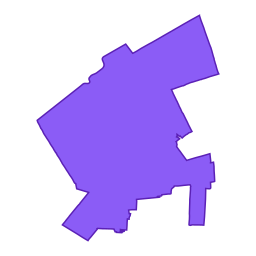 Valea Mare, Olt, Romania
{"feature_id": "2599482B3118512765099", "entity_name": "Valea Mare", "entity_type": "district", "adm_level": 2, "iso_a3": "ROU", "parent_name": "Romania", "parent_adm1": "Olt", "projection": "robinson", "projection_center": [24.453, 44.454], "detail": "fine", "context": "isolated", "style": "filled", "palette": "violet", "viewbox_px": 256, "rotation_deg": 0, "n_neighbors": 0, "source": "geoboundaries", "source_scale": "gbopen_adm2", "svg_char_len": 5630}
<svg xmlns="http://www.w3.org/2000/svg" viewBox="0 0 256 256"><path d="M213.2,55.9L211.7,50.4L211.2,48.8L210.9,47.7L210.5,46.8L209.5,44.3L205.4,32.8L204.9,31.4L203.8,27.9L201.0,20.5L200.5,18.9L199.4,15.5L199.4,15.4L197.5,16.4L195.0,17.8L191.5,19.7L183.4,24.3L180.0,26.3L170.6,31.7L165.7,34.5L152.2,42.3L148.8,44.1L143.1,47.3L142.4,47.7L141.8,48.0L141.0,48.5L140.8,48.6L138.1,50.3L136.5,51.3L132.8,53.3L132.7,53.3L132.6,53.2L125.7,44.1L103.7,56.7L103.2,57.1L103.0,57.3L102.6,57.9L102.4,58.3L102.3,58.6L102.3,59.1L102.3,59.3L102.4,59.9L103.8,63.3L103.9,63.7L104.0,64.3L104.0,64.6L104.0,65.1L104.0,65.4L104.0,65.7L103.8,66.4L103.4,67.1L103.2,67.5L102.9,67.9L102.2,68.6L97.0,72.6L96.6,72.9L96.0,73.3L95.4,73.5L94.3,74.1L93.9,74.2L93.3,74.4L92.9,74.6L91.7,75.2L91.4,75.4L91.1,75.6L89.8,77.1L89.4,77.5L89.2,77.9L89.0,78.4L89.0,78.7L89.0,79.2L89.0,79.3L89.1,79.7L89.7,81.1L89.8,81.6L89.8,81.9L89.7,82.2L89.5,82.6L89.2,82.9L89.0,83.1L88.7,83.3L88.1,83.5L87.8,83.5L87.1,83.5L85.2,83.4L84.9,83.4L84.4,83.5L84.1,83.5L83.5,83.8L82.9,84.1L82.3,84.6L81.4,85.4L79.8,86.7L37.2,120.3L37.5,121.1L37.5,121.6L38.0,122.6L39.4,125.1L40.3,127.1L40.6,127.7L40.9,128.5L41.4,129.0L42.5,130.8L43.2,132.4L43.9,133.8L45.8,136.7L46.8,138.3L48.9,141.4L50.5,144.3L53.0,148.0L54.3,150.4L55.0,151.4L55.6,152.5L56.3,153.1L56.2,153.2L57.3,155.2L57.5,155.6L58.2,156.5L60.1,159.5L61.1,161.4L61.4,161.8L62.3,163.6L63.0,164.6L63.8,165.8L64.7,167.1L66.6,170.2L67.9,172.1L69.7,175.0L71.4,177.4L72.6,179.3L74.3,182.6L74.8,183.2L75.7,183.5L76.7,188.8L88.7,192.4L88.6,192.6L80.6,202.5L80.1,203.1L79.9,203.5L79.7,203.8L79.4,204.2L78.8,204.7L78.3,205.3L77.8,205.8L69.5,215.9L68.9,216.8L66.1,220.2L65.4,221.2L64.6,222.2L63.3,223.7L62.7,224.5L62.4,224.9L77.6,234.2L82.3,237.2L85.6,239.2L88.0,240.6L88.9,239.2L89.2,238.8L90.5,237.4L91.5,236.2L92.7,234.7L92.9,234.5L96.9,229.6L97.3,229.1L97.3,228.6L97.2,228.5L97.4,228.4L101.2,228.6L102.4,228.7L103.3,228.7L103.6,228.7L111.4,228.9L112.9,229.0L113.8,229.1L114.1,229.2L114.2,229.6L114.3,229.8L114.3,230.1L114.8,230.9L115.0,231.7L116.4,231.8L116.4,232.4L121.9,232.7L122.2,232.3L122.5,231.8L123.0,231.6L123.7,231.5L124.2,231.3L124.3,230.9L124.0,230.6L123.3,230.6L122.4,230.9L122.0,231.0L121.5,231.3L121.0,231.7L120.7,231.8L120.3,231.6L120.2,231.5L120.2,231.2L120.3,230.9L120.5,230.6L120.6,230.3L120.4,229.8L120.4,229.5L121.2,229.7L123.0,229.8L126.7,230.0L127.0,225.5L127.1,222.3L127.4,218.9L127.6,218.9L128.1,219.1L129.1,219.2L129.1,218.6L129.2,217.9L129.2,217.6L129.3,217.2L129.8,216.2L130.1,215.8L130.1,215.7L130.5,213.7L129.2,213.7L128.9,211.8L128.6,210.1L129.8,209.9L132.1,209.7L133.4,209.7L136.3,209.7L136.7,201.4L136.6,200.3L136.5,199.6L136.5,199.4L158.6,197.3L157.4,196.6L157.6,196.4L157.9,196.4L159.9,196.2L160.9,196.0L161.4,195.9L161.6,195.8L161.8,195.4L161.9,195.2L161.9,194.7L163.1,194.6L168.2,194.0L169.8,194.0L170.8,193.8L171.1,193.2L171.1,191.5L171.5,189.3L171.7,188.8L172.0,188.5L173.8,187.0L174.1,186.7L174.1,186.2L174.3,186.1L174.8,186.0L176.7,186.0L177.7,186.0L181.8,185.6L183.3,185.4L189.6,184.8L190.1,184.8L190.5,185.8L190.8,186.2L190.7,186.7L190.5,187.2L190.5,189.7L190.4,191.0L190.1,195.7L189.8,199.6L189.8,201.4L189.4,213.5L189.5,215.6L189.5,216.5L189.4,219.5L189.2,221.6L189.0,224.6L189.1,225.0L189.3,225.1L189.7,225.2L190.2,225.3L190.5,225.3L190.8,225.2L191.2,225.1L191.4,225.1L191.8,224.9L192.3,224.8L194.4,224.9L197.5,224.9L202.0,225.0L203.1,225.1L203.6,225.1L203.8,225.1L204.5,217.0L205.5,199.2L205.7,190.7L205.7,188.5L207.7,188.7L209.5,188.8L210.4,188.5L210.7,187.9L210.7,186.2L210.5,182.3L213.2,181.8L214.5,181.5L214.7,181.3L214.4,175.1L214.1,171.0L214.0,166.3L213.5,162.2L210.5,162.8L210.5,162.4L210.7,162.1L210.7,160.9L209.9,153.7L206.2,154.8L204.8,155.2L201.3,156.2L196.0,157.6L186.6,160.4L186.4,160.0L185.2,158.4L181.7,153.6L181.4,153.2L180.3,151.6L179.1,150.1L178.6,149.4L178.4,149.1L177.8,148.4L177.6,148.0L177.5,147.8L177.4,147.7L177.2,147.5L176.9,147.1L176.7,146.8L176.8,146.4L176.8,146.2L176.7,146.1L176.8,146.0L176.9,144.9L177.0,144.8L177.0,144.5L176.9,144.1L176.7,143.8L176.7,143.3L176.7,143.1L176.6,142.6L176.4,142.1L176.3,141.9L176.1,141.7L177.4,140.6L177.7,140.3L178.5,139.7L179.2,139.1L179.5,139.0L179.7,138.8L179.7,138.7L179.3,138.3L178.4,137.8L178.0,137.6L177.4,137.3L176.5,136.9L176.6,136.7L177.2,136.2L177.1,135.9L177.1,135.6L177.2,135.4L177.2,135.2L177.0,134.7L177.0,134.3L177.3,134.5L177.5,134.6L177.7,134.9L178.0,135.1L178.2,135.4L178.5,135.8L178.9,136.1L179.4,136.2L179.6,136.2L180.0,135.9L180.3,136.3L180.7,136.7L181.2,137.1L181.5,137.5L181.9,137.8L182.0,137.9L182.2,138.0L182.4,137.9L182.5,137.7L183.0,137.2L183.6,136.6L184.5,135.9L186.1,134.7L186.5,134.5L187.0,134.3L187.7,133.8L188.5,133.1L188.9,132.8L190.0,132.5L190.9,132.1L191.1,132.0L192.0,131.5L190.9,129.5L190.6,128.9L190.1,127.9L188.5,124.8L187.6,122.8L186.7,120.9L186.4,120.4L183.6,114.7L183.3,114.0L182.9,113.4L182.1,112.4L181.7,111.5L181.0,110.0L180.8,109.4L180.6,109.0L179.1,106.1L178.9,105.5L178.7,105.0L177.7,102.9L177.2,101.7L176.6,100.6L176.1,99.7L175.9,99.1L175.6,98.6L174.9,97.1L174.4,96.1L173.6,94.4L173.2,93.7L172.9,92.8L172.3,91.4L171.9,90.5L171.4,89.5L172.0,89.3L172.8,89.1L173.6,88.9L177.1,87.6L182.2,85.9L183.0,85.8L183.5,85.7L185.0,85.0L185.6,84.7L185.8,84.5L186.5,84.2L188.1,83.6L188.7,83.4L189.4,83.0L191.9,82.2L192.0,82.1L192.3,82.1L192.5,82.1L194.7,81.4L196.9,80.7L197.4,80.6L200.3,79.6L201.4,79.5L201.7,79.3L202.5,79.0L204.5,78.5L205.7,78.1L209.9,76.6L217.4,74.4L218.8,73.9L218.4,73.1L217.9,72.0L216.9,69.1L216.8,68.6L216.3,66.9L216.0,65.6L215.2,63.2L215.0,62.5L214.8,61.7L214.3,60.1L214.1,59.4L214.1,58.8L214.0,58.4L213.4,56.6L213.2,55.9Z" fill="#8b5cf6" stroke="#5b21b6" stroke-width="1.5"/></svg>